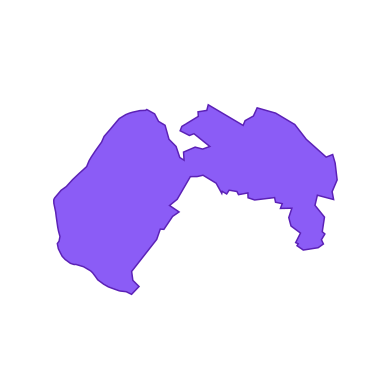 outline of Jegunovtse, Jegunovce, North Macedonia, rotated 250°
{"feature_id": "65306769B4612015917677", "entity_name": "Jegunovtse", "entity_type": "district", "adm_level": 2, "iso_a3": "MKD", "parent_name": "North Macedonia", "parent_adm1": "Jegunovce", "projection": "mercator", "projection_center": [21.125, 42.1], "detail": "fine", "context": "isolated", "style": "filled", "palette": "violet", "viewbox_px": 384, "rotation_deg": 250, "n_neighbors": 0, "source": "geoboundaries", "source_scale": "gbopen_adm2", "svg_char_len": 1691}
<svg xmlns="http://www.w3.org/2000/svg" viewBox="0 0 384 384"><g transform="rotate(250 192 192)"><path d="M220.2,311.7L237.5,297.6L248.8,282.0L242.4,275.7L240.9,266.3L237.1,262.8L268.4,237.1L263.6,233.8L265.3,225.1L260.9,223.8L257.1,204.9L253.6,201.8L246.0,208.9L246.1,213.8L228.7,224.3L228.7,216.7L233.1,210.3L232.4,197.7L224.6,195.4L228.6,192.3L240.2,192.6L249.4,188.4L263.9,189.5L269.8,184.7L278.2,183.6L285.0,177.7L284.6,176.3L286.3,171.0L287.3,163.5L287.5,160.3L287.4,156.3L285.9,148.8L283.6,144.7L278.4,135.8L276.8,132.9L274.3,128.4L269.8,124.1L263.9,115.5L259.4,109.4L256.7,106.1L251.9,101.7L248.1,92.4L245.4,86.2L244.4,83.9L240.1,75.7L238.4,69.6L236.5,66.3L233.4,60.9L232.3,59.7L231.1,59.1L228.5,58.3L219.6,57.0L215.8,56.1L204.9,53.8L201.0,53.2L195.3,52.7L191.2,50.2L189.6,47.8L184.4,47.0L179.8,47.5L176.0,48.0L172.0,49.7L166.6,53.3L164.4,56.1L164.0,56.9L163.7,58.1L158.9,64.5L153.0,69.4L152.3,69.9L150.0,71.0L145.4,72.4L141.7,73.4L135.5,77.5L131.5,80.9L129.2,83.6L124.3,89.5L123.5,90.7L120.8,96.1L116.5,100.2L121.3,109.9L129.2,106.2L138.0,108.1L159.5,142.6L168.0,149.5L166.5,152.8L175.7,165.4L177.7,173.0L187.0,166.3L190.2,175.6L207.0,195.7L204.7,202.3L204.0,208.1L192.0,217.7L180.5,219.5L182.3,220.6L178.3,223.9L181.0,227.5L177.1,234.4L173.6,234.8L172.0,244.2L167.4,242.7L163.1,248.1L158.5,267.7L153.8,267.0L150.2,272.8L146.3,269.5L142.6,280.3L134.9,274.2L126.2,273.4L116.3,279.9L109.0,272.1L107.0,274.1L105.6,272.3L99.4,276.7L96.5,291.5L98.2,297.7L102.9,297.3L107.1,302.5L110.1,300.8L123.1,307.9L137.4,303.0L146.1,308.7L136.5,322.5L144.4,323.8L153.7,332.5L170.2,336.4L179.1,337.0L178.9,330.0L202.4,317.4L220.2,311.7Z" fill="#8b5cf6" stroke="#5b21b6" stroke-width="1.5"/></g></svg>